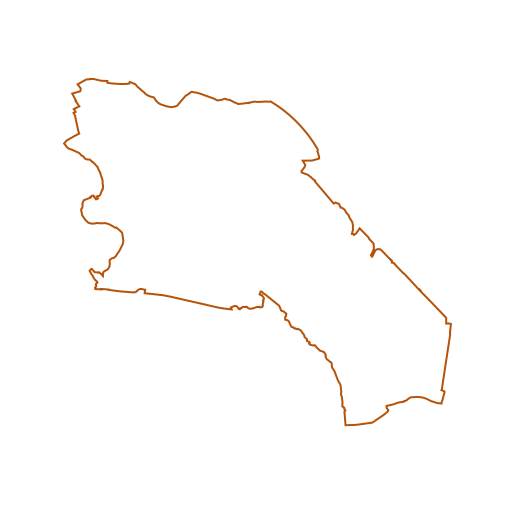 outline of Montferland, Gelderland, Netherlands, rotated 188°
{"feature_id": "6326949B90977500398075", "entity_name": "Montferland", "entity_type": "district", "adm_level": 2, "iso_a3": "NLD", "parent_name": "Netherlands", "parent_adm1": "Gelderland", "projection": "mercator", "projection_center": [6.215, 51.924], "detail": "fine", "context": "isolated", "style": "outline", "palette": "amber", "viewbox_px": 512, "rotation_deg": 188, "n_neighbors": 0, "source": "geoboundaries", "source_scale": "gbopen_adm2", "svg_char_len": 6058}
<svg xmlns="http://www.w3.org/2000/svg" viewBox="0 0 512 512"><g transform="rotate(188 256 256)"><path d="M143.8,100.9L133.0,102.8L117.6,107.2L107.4,116.5L106.1,117.8L103.8,120.5L103.6,121.9L105.4,123.6L105.9,125.7L99.6,128.1L94.4,130.8L89.8,132.1L89.3,132.4L89.0,132.8L89.0,133.1L87.7,133.4L86.5,134.4L85.1,136.0L83.0,137.6L76.9,138.9L72.9,139.1L69.6,138.8L66.8,138.2L62.9,136.8L56.2,135.6L51.8,135.7L51.9,136.1L51.8,137.1L51.3,139.3L50.3,147.7L50.3,147.8L51.1,148.3L53.6,149.0L53.4,149.3L53.4,150.3L53.4,156.1L53.3,159.9L53.2,171.4L52.8,204.7L53.2,207.4L53.2,208.2L53.3,208.2L53.5,215.8L54.4,216.0L56.0,215.9L56.0,216.0L58.2,215.5L59.1,221.3L79.9,237.7L89.4,244.9L89.4,245.2L89.1,245.4L89.5,245.7L89.4,245.7L89.6,245.9L90.2,245.8L90.7,246.0L100.8,254.3L107.1,259.3L107.5,259.3L117.2,266.9L117.1,267.0L118.6,268.3L120.6,268.4L120.5,269.8L120.7,270.2L121.4,270.7L121.4,270.2L121.7,270.5L121.7,271.0L122.2,271.3L122.2,271.0L131.2,278.1L133.2,279.5L134.6,280.0L136.9,279.6L137.9,278.9L138.6,278.0L138.9,277.3L140.4,272.5L140.7,271.8L141.0,271.4L141.9,272.3L142.3,273.1L141.8,274.1L140.2,279.6L141.3,284.5L141.6,284.9L144.7,287.5L145.1,287.6L146.7,289.1L147.2,290.1L157.2,297.8L159.7,292.8L160.2,292.0L160.9,291.3L161.9,290.5L162.5,291.3L164.1,291.2L163.6,295.6L163.9,296.8L164.3,299.9L165.0,302.0L165.6,303.3L168.9,307.1L169.8,309.1L173.0,311.8L174.0,313.4L174.8,314.3L178.1,315.9L178.9,315.7L181.2,319.3L183.2,319.5L184.8,320.0L186.3,318.7L208.2,338.2L208.0,338.9L210.8,340.3L212.4,341.6L215.9,343.6L222.4,345.1L222.8,346.3L221.6,348.3L220.4,350.6L219.8,352.6L219.9,353.0L220.7,354.1L223.0,356.9L213.8,358.3L207.0,361.3L207.5,363.4L209.2,367.3L209.8,368.2L209.5,369.0L209.7,370.2L215.0,376.5L218.3,380.1L221.7,383.6L228.9,390.1L234.7,394.7L242.6,400.3L248.9,404.1L254.8,407.3L263.1,411.1L264.4,410.6L267.3,410.4L275.6,408.8L279.3,408.6L283.4,407.1L283.4,406.9L283.6,406.8L283.6,407.0L289.1,405.4L294.7,404.0L297.4,404.9L298.8,405.0L300.7,405.9L304.3,407.0L306.4,406.8L307.7,407.3L308.7,407.4L312.4,405.6L316.0,404.7L319.6,406.0L333.5,408.9L337.5,409.5L339.3,409.4L342.3,409.7L343.0,409.4L345.5,406.9L348.2,404.6L354.1,395.3L354.1,395.2L355.1,393.8L357.8,392.4L360.7,391.6L363.8,391.7L367.0,392.0L369.3,392.6L370.2,392.6L372.9,393.4L373.9,393.9L376.9,396.1L379.0,398.7L380.3,399.0L382.0,399.1L384.1,399.5L386.6,400.4L387.9,401.1L389.7,402.5L392.9,404.4L393.8,405.2L397.0,407.1L398.5,408.6L399.7,409.4L404.1,410.6L405.2,410.7L405.4,410.3L405.5,409.1L410.0,408.0L414.8,407.4L423.2,406.8L427.2,406.8L427.4,406.9L427.5,408.6L433.8,408.0L441.3,408.7L445.1,408.2L445.2,407.9L448.6,407.2L456.6,401.2L453.1,397.8L452.7,396.3L452.8,395.4L453.1,394.6L460.6,391.3L455.8,384.6L456.2,384.3L451.8,379.6L456.9,376.2L454.7,373.6L456.6,372.3L454.8,369.9L449.5,355.4L448.1,352.6L452.1,349.8L459.6,344.0L461.7,340.7L459.5,338.7L458.9,337.8L457.8,337.2L457.1,336.5L451.9,335.3L445.8,333.5L444.8,332.9L443.3,331.7L442.9,331.3L440.9,330.6L439.0,328.7L437.3,328.1L433.9,328.3L430.9,326.2L430.7,326.3L428.0,324.4L425.6,322.2L425.3,322.2L424.6,320.7L421.7,316.5L420.7,314.0L419.5,311.8L418.6,309.7L418.2,308.4L418.0,306.4L417.2,304.3L417.0,302.7L417.1,300.6L417.5,300.5L418.7,295.2L419.5,293.8L420.3,293.4L421.9,292.9L420.5,290.9L422.3,289.8L424.3,292.0L424.6,291.9L425.4,293.2L426.3,293.0L428.2,291.6L427.8,290.9L434.3,287.2L435.2,283.9L434.9,283.0L434.7,280.6L434.8,279.4L435.5,278.3L435.6,277.7L435.5,277.0L433.8,272.2L433.0,271.2L430.2,268.2L427.2,265.9L426.1,265.5L423.8,265.2L421.3,265.4L418.3,266.5L413.8,266.8L410.0,267.6L407.4,267.3L405.6,266.9L402.8,265.9L399.5,264.4L399.1,264.4L398.5,264.8L395.0,262.7L392.0,260.6L391.6,259.8L389.5,252.7L389.5,251.1L389.6,249.2L391.8,242.6L394.9,236.2L396.4,234.4L398.1,233.8L400.3,231.8L400.3,230.5L399.6,227.7L399.7,225.1L400.3,223.4L401.0,222.1L401.6,221.6L403.0,220.5L403.6,220.2L405.1,218.5L404.8,214.9L406.7,216.5L409.2,218.1L409.5,217.6L413.7,217.6L416.8,220.4L417.4,220.2L418.7,218.2L416.4,215.1L414.7,213.4L414.0,212.1L412.5,210.4L411.5,209.6L410.0,208.6L409.4,207.9L409.3,207.6L410.3,206.6L410.6,206.0L410.7,205.6L410.4,204.9L410.0,204.1L410.0,203.5L411.0,202.3L410.8,201.6L410.5,200.9L404.4,201.4L404.6,201.8L397.2,202.3L397.1,201.9L384.6,202.1L372.5,202.9L371.0,203.2L370.0,203.7L369.2,204.4L368.1,205.9L367.2,206.6L366.1,207.2L365.0,207.4L361.0,207.1L361.1,203.6L354.0,203.9L341.7,204.2L334.9,203.8L286.6,199.7L281.9,199.5L272.7,199.7L273.7,201.5L270.6,203.4L269.8,203.7L268.6,203.6L267.8,203.3L267.2,202.8L266.0,201.5L265.3,201.0L264.6,201.9L264.1,201.5L263.0,202.8L261.9,203.8L258.6,204.1L258.6,204.3L258.0,204.3L257.6,204.2L256.4,203.2L255.0,202.9L252.4,203.4L248.1,205.6L246.1,205.9L245.6,206.2L245.0,205.7L244.6,205.6L242.8,206.3L242.4,207.4L242.3,208.0L242.7,208.3L242.7,208.6L242.3,212.2L242.3,212.4L242.9,212.7L242.9,212.8L242.2,215.0L242.5,215.6L243.9,217.1L244.4,217.4L244.6,218.0L246.2,218.1L247.1,218.5L246.4,221.5L245.5,221.5L243.0,219.8L242.2,219.6L226.2,210.0L224.2,206.8L223.9,206.1L223.6,205.6L223.0,205.3L220.8,204.9L219.8,204.2L218.0,203.2L217.8,202.8L218.1,201.2L218.0,200.5L218.4,199.9L218.6,199.2L218.5,198.1L218.2,197.0L216.1,196.8L214.9,196.3L213.9,195.2L212.7,193.0L212.1,192.3L211.3,191.0L210.5,190.6L209.6,190.6L208.8,190.5L208.2,189.8L207.6,189.5L206.7,189.8L206.0,189.3L205.4,189.2L204.4,189.6L202.8,189.2L201.0,188.3L200.4,187.7L198.7,185.6L198.2,185.4L197.7,184.8L197.0,183.8L196.8,182.7L193.9,180.6L193.8,180.3L193.8,179.1L193.6,178.8L191.3,178.3L190.7,177.8L190.7,177.2L191.2,176.6L190.5,175.8L186.6,175.3L185.7,175.8L185.2,175.8L184.7,175.4L183.7,174.2L182.5,173.4L179.8,171.4L179.2,171.1L177.3,170.9L176.5,170.5L175.5,170.4L175.1,170.2L174.7,169.8L174.4,169.0L173.5,168.3L173.2,167.7L173.0,167.3L173.3,166.6L173.1,166.0L172.0,164.2L171.2,163.5L166.4,160.7L166.1,160.1L165.3,156.7L165.0,156.0L162.6,153.4L157.8,144.7L156.2,142.4L155.3,141.4L154.3,139.8L152.6,133.3L152.7,131.6L152.6,131.0L152.3,130.1L151.3,128.4L149.9,122.8L149.6,119.0L148.6,118.7L147.5,118.1L147.2,117.4L147.1,117.1L147.3,116.9L146.0,115.4L146.8,114.4L143.8,100.9Z" fill="none" stroke="#b45309" stroke-width="2"/></g></svg>